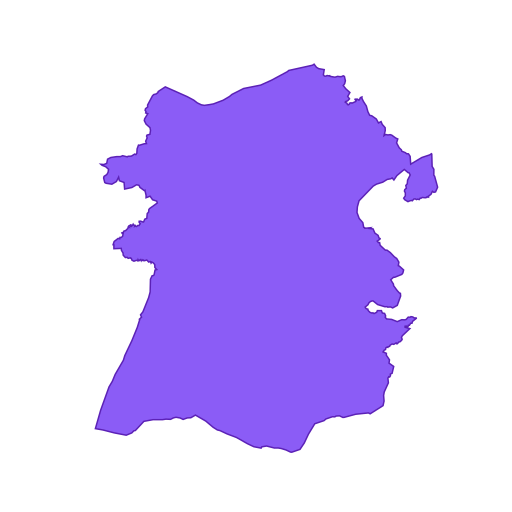 outline of Eidsberg nor, Østfold, Norway, rotated 100°
{"feature_id": "86288312B32613923772103", "entity_name": "Eidsberg nor", "entity_type": "district", "adm_level": 2, "iso_a3": "NOR", "parent_name": "Norway", "parent_adm1": "Østfold", "projection": "mercator", "projection_center": [11.349, 59.529], "detail": "fine", "context": "isolated", "style": "filled", "palette": "violet", "viewbox_px": 512, "rotation_deg": 100, "n_neighbors": 0, "source": "geoboundaries", "source_scale": "gbopen_adm2", "svg_char_len": 6072}
<svg xmlns="http://www.w3.org/2000/svg" viewBox="0 0 512 512"><g transform="rotate(100 256 256)"><path d="M57.0,232.1L58.3,233.5L67.6,256.0L69.0,257.1L80.2,271.3L86.9,281.1L93.2,297.3L101.0,307.7L103.5,309.8L108.3,315.4L113.6,324.3L115.0,328.1L116.6,333.0L116.6,336.1L115.4,340.4L113.3,344.4L111.0,351.4L105.2,374.7L111.0,380.9L112.0,380.9L113.7,382.4L114.8,384.8L116.3,385.8L126.2,389.0L128.0,388.5L130.1,390.4L131.8,390.5L132.9,389.4L134.3,389.5L134.6,387.3L140.3,389.5L142.1,389.5L145.3,387.1L148.0,382.7L150.6,381.7L154.6,381.6L155.8,384.3L156.9,384.6L158.6,383.7L162.1,384.6L164.3,383.4L164.9,385.6L167.2,390.1L167.2,391.0L171.2,391.7L175.5,391.2L177.0,391.9L176.7,393.2L179.3,396.1L180.0,399.3L180.7,400.0L180.4,404.8L181.6,406.6L182.3,410.4L184.2,416.1L186.4,419.0L190.7,419.1L192.3,421.7L192.6,424.7L193.4,423.4L194.2,419.5L196.2,416.3L199.3,416.2L201.7,417.1L204.0,419.5L205.7,419.6L209.9,417.7L210.4,416.3L210.3,410.4L206.9,406.4L202.2,405.0L205.6,403.6L206.5,398.7L212.9,397.0L210.1,390.1L206.6,386.0L206.7,383.5L208.6,382.2L211.2,376.9L210.8,376.7L215.3,374.8L217.7,374.4L215.5,370.7L218.6,367.6L219.2,363.3L220.9,362.4L227.8,369.1L228.9,369.6L231.5,369.4L233.0,370.5L237.9,370.1L239.0,371.9L241.9,372.6L242.2,373.1L241.7,375.7L242.1,377.1L243.2,376.9L244.3,375.6L246.3,376.5L246.5,377.8L247.7,378.7L247.5,379.6L248.0,380.6L246.8,380.4L246.8,381.8L246.0,382.5L247.3,382.9L247.2,384.1L247.9,383.5L248.6,383.9L248.8,385.0L248.4,384.5L248.5,384.9L247.8,385.6L248.5,386.5L249.3,386.8L249.8,386.2L249.8,386.9L251.1,387.0L253.6,388.8L254.5,390.5L255.7,390.7L256.5,392.1L257.0,391.7L256.6,390.7L259.8,390.8L261.1,391.9L261.3,393.2L262.7,393.2L262.6,394.8L266.3,398.2L269.7,398.7L269.7,397.9L273.5,397.2L271.9,390.0L273.8,389.5L276.1,387.5L278.3,386.9L280.2,384.4L279.7,382.6L280.5,381.5L279.6,379.4L280.1,378.9L280.0,378.4L281.7,377.4L282.3,375.3L281.1,373.1L280.9,372.2L281.2,371.7L280.5,371.6L280.9,371.4L281.0,370.8L280.5,370.5L280.8,370.2L279.5,368.9L280.6,368.2L280.0,368.0L280.1,366.4L279.5,366.5L280.0,364.9L278.9,362.9L280.6,360.6L279.8,359.2L280.6,358.5L279.9,358.5L280.0,358.0L281.0,357.9L280.2,357.2L280.6,355.9L282.1,354.2L284.9,353.6L286.6,351.4L287.3,353.0L292.2,353.1L293.0,353.6L293.5,354.9L297.2,355.9L309.8,354.0L315.6,354.5L330.7,357.7L334.0,359.5L336.1,358.1L338.5,359.9L338.7,359.7L338.3,359.4L346.9,360.5L360.8,363.5L376.8,367.9L381.7,368.5L397.0,374.1L404.3,375.7L410.4,378.0L434.8,382.2L453.9,384.2L453.9,376.5L454.8,364.9L455.0,352.7L451.8,347.6L449.4,346.0L448.8,344.5L438.3,337.7L435.1,329.1L433.4,319.6L432.3,316.4L431.7,311.8L429.7,309.1L428.7,306.7L428.7,302.6L429.6,299.4L427.4,295.6L426.6,292.1L423.2,288.0L427.3,276.8L432.1,268.5L434.0,263.9L434.2,261.1L436.2,253.7L438.1,243.7L442.3,231.9L444.2,225.0L444.3,217.6L442.9,217.1L441.3,212.6L441.9,204.5L441.2,200.8L441.2,197.7L441.8,192.8L443.1,188.0L443.0,186.7L438.8,179.1L431.8,176.0L422.3,173.4L411.0,169.0L406.3,160.4L404.3,158.8L401.0,152.8L400.7,150.4L399.7,149.3L398.9,146.0L399.9,142.4L399.6,141.2L394.5,130.3L391.0,118.0L391.6,116.2L381.3,104.9L376.6,104.7L371.2,106.1L367.6,106.1L357.9,103.6L353.4,104.9L351.8,104.3L352.0,103.4L350.6,102.8L349.0,103.2L347.9,101.6L340.9,101.2L338.4,106.4L335.1,106.5L331.1,110.4L329.2,110.7L328.4,114.2L326.3,113.3L325.7,112.2L323.9,112.2L323.1,111.4L323.1,110.3L322.5,110.3L321.8,108.7L320.8,108.6L319.4,107.2L319.0,106.4L319.1,105.0L317.3,102.9L318.0,102.3L317.8,101.5L316.1,100.6L315.3,99.1L313.6,97.9L312.6,97.6L310.9,98.6L309.2,98.1L300.8,91.9L300.3,96.8L299.3,97.0L298.9,95.7L299.3,94.4L299.0,94.0L297.7,93.9L297.6,92.9L295.4,92.0L295.1,90.7L293.2,90.5L289.6,87.3L289.2,87.5L289.5,89.6L288.8,90.9L288.8,92.9L289.5,93.5L289.8,95.5L292.4,97.1L293.1,98.6L293.4,101.4L296.1,105.5L294.9,111.4L295.3,116.5L293.9,118.1L292.5,117.9L290.2,119.4L290.2,121.7L288.0,123.0L288.7,127.0L290.5,127.4L292.2,129.8L291.6,131.0L292.1,131.8L291.7,134.0L290.2,136.1L288.9,136.6L288.8,138.2L287.9,139.3L287.3,139.6L284.6,137.3L282.4,136.6L280.9,135.3L280.0,133.6L280.0,132.7L282.7,127.8L283.6,120.3L283.1,118.1L283.5,117.5L282.8,114.6L283.4,112.4L280.1,108.3L270.3,106.6L267.7,107.3L267.5,108.4L265.5,111.0L261.4,115.3L259.8,115.8L256.0,119.2L253.1,116.9L252.8,115.6L248.8,109.2L247.2,108.4L244.1,108.2L241.1,113.0L240.8,114.2L237.3,114.2L234.0,117.0L232.8,119.6L229.4,124.2L227.5,128.0L227.8,129.6L223.9,135.6L221.3,136.6L221.6,137.7L220.3,139.2L218.0,136.9L217.3,136.8L216.8,138.1L214.5,139.3L212.8,142.9L209.0,145.4L209.2,149.0L208.3,148.2L209.8,153.6L209.3,153.8L209.1,154.9L204.6,156.6L201.1,160.9L195.6,164.1L190.0,164.7L183.7,164.1L166.8,152.7L164.3,149.8L161.3,144.0L157.8,140.1L156.5,136.6L155.5,135.5L157.2,133.4L152.3,131.2L145.0,125.0L147.5,120.7L147.4,119.8L149.4,118.2L155.0,119.9L158.6,119.6L160.5,120.7L163.2,119.7L164.7,121.0L166.3,121.1L167.9,119.9L170.9,119.4L173.4,120.6L174.7,119.4L176.1,115.8L174.9,114.0L174.3,112.4L174.5,111.7L172.5,110.4L172.1,109.1L172.6,107.8L171.9,106.6L172.1,105.1L170.5,104.3L170.4,103.4L169.5,102.5L169.3,99.7L169.1,98.7L168.4,98.4L168.5,97.7L167.7,97.2L168.0,96.3L167.0,96.4L164.9,94.4L161.7,93.5L162.4,91.9L161.7,90.3L156.7,89.1L146.5,93.9L145.6,94.9L139.7,95.9L137.2,98.1L125.1,100.6L124.8,101.0L126.2,102.4L130.2,109.8L138.7,119.6L131.1,121.5L128.9,123.6L129.1,125.5L128.3,126.8L127.5,130.6L126.2,131.3L124.6,133.7L120.2,137.2L116.1,136.7L115.6,138.8L113.4,143.3L113.2,145.0L113.9,147.1L113.8,149.4L115.2,150.8L110.0,150.5L107.2,151.1L104.5,154.5L101.9,156.2L103.7,158.5L100.2,161.3L97.8,166.4L97.7,168.5L94.4,170.9L89.1,173.4L85.2,177.0L82.3,179.1L81.0,179.3L81.9,180.7L84.3,181.3L84.6,182.0L83.9,183.2L84.8,184.0L84.0,184.7L84.5,185.7L85.9,184.4L86.6,184.7L88.8,188.0L88.6,189.0L89.3,190.5L90.2,190.4L91.1,191.3L91.0,192.2L89.7,193.0L89.1,194.8L88.4,194.7L87.3,192.7L85.0,191.2L82.9,193.4L78.7,191.9L75.8,196.5L73.0,199.7L70.9,198.6L67.9,198.4L63.8,200.1L63.4,201.4L64.4,202.8L64.8,204.3L64.9,206.8L66.2,209.3L66.2,213.7L66.1,214.5L65.6,214.7L66.0,216.1L65.9,217.3L66.8,218.5L66.9,219.9L65.9,221.1L60.6,221.2L60.6,226.7L59.7,229.2L57.0,232.1Z" fill="#8b5cf6" stroke="#5b21b6" stroke-width="1.5"/></g></svg>